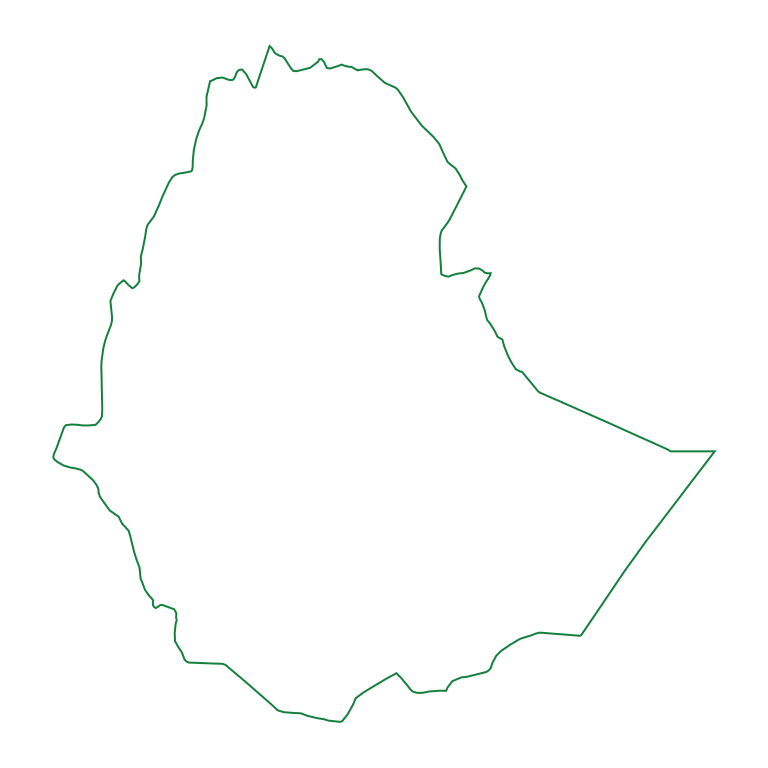 Ethiopia, Equal Earth projection
{"feature_id": "ETH", "entity_name": "Ethiopia", "entity_type": "country or territory", "adm_level": 0, "iso_a3": "ETH", "parent_name": "Africa", "parent_adm1": "", "projection": "equal_earth", "projection_center": [38.934, 9.154], "detail": "fine", "context": "isolated", "style": "outline", "palette": "green", "viewbox_px": 768, "rotation_deg": 0, "n_neighbors": 0, "source": "natural_earth", "source_scale": "50m", "svg_char_len": 3677}
<svg xmlns="http://www.w3.org/2000/svg" viewBox="0 0 768 768"><path d="M153.2,600.4L152.4,599.3L148.6,595.1L144.9,589.7L142.7,583.6L140.6,578.6L139.5,567.5L136.9,560.7L134.2,552.3L130.3,536.4L128.7,530.9L125.5,527.2L122.1,523.7L118.7,516.7L109.7,510.5L106.2,505.6L100.2,497.2L98.7,493.0L98.3,488.7L96.4,484.8L93.1,480.3L82.7,470.7L79.9,469.5L76.1,468.5L70.6,467.6L63.3,465.4L56.9,461.6L54.0,459.0L53.3,457.1L53.9,454.0L56.3,448.7L60.8,436.2L63.9,427.6L65.9,425.2L71.6,424.5L77.6,424.8L82.0,425.4L88.2,425.5L95.6,424.8L98.6,421.9L100.9,418.7L101.9,416.5L102.2,410.9L102.2,406.5L101.8,389.3L101.6,378.8L101.3,366.7L101.4,364.3L101.5,361.3L103.3,348.4L105.1,341.1L106.3,337.2L111.0,325.0L111.9,321.1L112.1,317.5L110.4,301.1L113.5,293.4L117.4,285.7L120.7,282.5L123.6,280.3L124.9,281.2L128.1,284.7L132.3,288.2L134.3,287.4L137.2,284.4L139.4,281.2L139.1,275.4L141.1,263.6L140.8,256.8L142.9,248.3L145.2,236.4L146.3,228.9L147.6,224.9L153.8,216.6L159.1,204.9L162.5,196.3L169.0,182.3L172.3,177.2L174.9,175.0L178.9,173.6L186.2,172.4L191.5,171.2L192.3,169.4L192.7,166.5L192.8,160.3L193.9,149.5L196.2,139.1L198.9,131.1L200.4,127.5L202.1,124.0L204.1,118.2L206.6,105.5L206.5,96.8L210.1,81.1L210.9,81.0L216.9,78.1L222.7,77.6L228.3,79.7L231.9,80.2L233.6,79.2L235.2,76.5L236.7,72.3L239.0,69.9L242.1,69.5L246.3,74.3L253.0,87.0L254.7,87.7L255.8,87.4L259.2,77.2L261.8,69.3L266.8,54.5L269.6,46.1L272.1,48.5L274.7,52.8L277.7,54.9L280.8,56.1L282.3,56.3L284.3,58.0L291.1,68.5L293.4,71.0L296.6,71.2L310.1,67.8L318.1,61.7L319.3,59.2L321.5,59.2L324.2,62.0L325.2,64.6L326.9,68.0L330.1,68.5L337.7,66.1L341.5,64.6L344.7,65.8L348.8,66.8L351.3,66.8L357.4,70.3L364.7,69.2L368.1,69.3L371.6,70.8L377.4,76.3L384.9,82.9L395.6,87.7L397.8,89.6L403.0,97.2L411.1,111.7L421.7,125.6L433.2,136.6L439.4,144.2L443.5,153.5L447.6,162.0L451.8,165.6L455.6,168.5L459.7,175.0L462.5,180.4L466.4,186.5L462.2,194.9L456.5,206.1L449.8,219.2L447.8,222.4L441.9,230.4L440.9,232.6L439.8,238.3L439.7,248.8L440.6,262.1L441.3,274.3L444.6,275.8L448.3,276.7L452.5,275.0L457.5,273.7L463.7,272.9L470.6,270.4L474.7,268.4L479.0,268.5L482.8,270.7L484.6,272.6L487.3,273.3L490.7,273.2L490.0,275.5L488.1,278.9L485.8,282.3L483.8,285.8L479.3,295.6L479.1,296.9L479.7,298.8L482.2,303.3L484.8,310.5L486.3,317.2L487.4,320.4L490.5,324.1L495.1,331.7L497.5,336.8L502.4,339.5L504.1,346.0L507.9,355.6L511.9,363.2L515.8,369.2L520.2,371.5L521.9,371.7L531.1,382.8L538.0,391.2L539.8,392.6L552.3,398.1L566.7,404.4L578.3,409.5L593.0,416.0L607.5,422.4L621.2,428.6L640.3,437.2L655.8,444.1L667.9,449.6L670.5,451.3L685.0,451.3L699.6,451.3L714.7,451.3L703.9,465.5L691.7,481.4L678.9,498.3L670.6,509.1L657.5,526.3L646.5,540.6L635.3,556.2L625.1,570.3L611.8,590.0L603.3,602.6L589.8,622.5L581.3,635.0L580.1,635.8L567.9,634.8L556.0,633.9L540.9,632.7L539.2,632.7L534.8,633.9L532.1,635.1L521.3,638.4L519.3,639.3L510.2,644.7L501.0,651.0L496.2,655.8L492.4,662.9L490.8,667.9L489.1,670.1L486.3,672.0L466.9,676.8L461.3,677.4L452.3,681.2L447.5,687.6L446.1,690.8L439.6,690.7L428.3,691.6L423.4,692.7L421.0,692.9L416.7,692.8L413.1,691.7L410.8,689.9L407.8,686.0L401.3,678.1L396.5,673.2L386.0,678.9L376.6,684.5L363.2,692.6L355.6,698.3L353.3,704.1L347.4,714.7L342.2,721.1L340.2,721.9L328.3,720.6L324.0,719.2L316.9,718.1L307.3,715.8L300.9,713.3L294.0,713.0L284.0,712.2L277.8,710.4L271.6,704.6L263.5,697.5L255.2,690.3L246.7,682.8L236.6,674.3L225.5,664.9L223.0,664.0L221.9,663.8L209.9,663.4L197.5,662.9L189.1,662.6L186.4,661.5L184.5,659.4L181.9,652.5L178.6,647.5L175.0,641.2L174.7,632.7L175.7,623.5L176.7,620.4L176.1,617.4L176.3,613.2L174.2,609.3L162.0,604.8L160.0,605.2L158.0,606.8L155.7,608.0L154.0,606.9L153.0,605.2L152.9,602.5L153.2,600.4Z" fill="none" stroke="#15803d" stroke-width="2"/></svg>